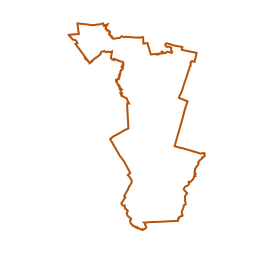 the district of Corbu, Olt, Romania, rotated 15°
{"feature_id": "2599482B79364764988142", "entity_name": "Corbu", "entity_type": "district", "adm_level": 2, "iso_a3": "ROU", "parent_name": "Romania", "parent_adm1": "Olt", "projection": "orthographic", "projection_center": [24.699, 44.468], "detail": "fine", "context": "isolated", "style": "outline", "palette": "amber", "viewbox_px": 256, "rotation_deg": 15, "n_neighbors": 0, "source": "geoboundaries", "source_scale": "gbopen_adm2", "svg_char_len": 5646}
<svg xmlns="http://www.w3.org/2000/svg" viewBox="0 0 256 256"><g transform="rotate(15 128 128)"><path d="M190.4,207.9L200.4,204.7L200.4,204.3L200.2,204.1L200.2,203.7L200.1,203.1L200.3,203.0L200.3,202.8L200.0,202.7L200.0,202.1L200.1,201.8L200.3,201.7L200.2,201.4L200.3,201.3L200.5,201.2L200.5,200.9L200.8,200.6L201.0,200.6L201.2,200.3L201.4,200.0L201.5,199.7L202.1,199.5L203.3,198.8L203.3,198.1L202.9,197.8L201.9,195.7L201.6,194.7L201.7,193.9L201.9,192.6L202.2,189.1L201.9,188.3L203.1,187.2L203.5,186.7L203.3,186.0L202.3,184.3L201.7,182.7L201.6,181.9L200.8,180.0L200.8,178.9L201.5,176.8L202.0,175.7L200.5,174.7L198.7,173.7L198.0,173.1L197.8,172.9L197.7,171.9L197.8,171.4L198.3,170.4L198.5,170.2L198.6,169.6L200.3,168.4L200.9,167.7L201.2,166.9L201.4,165.7L200.7,165.0L200.6,164.3L201.9,164.1L202.3,163.8L203.1,162.2L203.5,161.9L203.7,161.6L204.3,159.5L204.4,157.6L205.3,157.2L204.6,156.7L204.9,156.3L205.3,155.3L205.2,154.7L204.8,154.5L204.4,155.3L203.9,154.6L204.3,154.0L203.7,153.0L203.8,151.8L203.5,151.2L203.5,150.5L203.4,149.9L203.8,149.1L204.0,147.7L204.5,147.2L205.4,145.0L205.4,144.3L204.6,142.9L204.8,142.6L205.0,142.1L205.3,141.7L205.4,141.3L206.3,139.7L207.2,138.6L207.3,137.9L207.2,137.0L207.8,136.7L208.4,136.8L208.7,136.5L209.3,134.7L208.3,133.7L208.6,132.8L208.2,132.5L206.4,133.0L205.5,133.7L204.6,133.9L186.4,133.4L184.1,133.6L177.7,133.5L178.2,105.8L178.1,95.3L178.6,86.8L169.4,85.7L169.5,83.1L169.6,82.5L170.1,81.9L170.6,76.8L170.8,70.0L171.2,66.0L171.9,52.1L172.3,51.9L171.9,49.4L171.6,49.0L171.6,48.0L172.1,47.0L172.3,46.8L175.1,46.9L175.0,44.6L175.1,43.8L174.8,37.7L159.7,38.6L159.6,35.7L151.4,36.4L149.3,36.4L148.3,36.2L143.1,36.2L142.5,37.0L142.5,37.3L142.6,38.5L142.9,39.0L144.4,39.6L144.9,39.5L145.8,39.0L148.2,39.0L148.6,39.1L149.2,39.7L149.1,40.6L149.3,41.4L149.7,41.9L150.8,42.8L151.1,43.3L151.1,43.8L150.3,44.2L146.7,44.0L145.4,44.7L145.0,45.9L141.5,47.1L141.6,46.4L141.9,45.7L140.8,45.5L141.1,47.3L138.6,48.2L138.8,48.7L136.8,49.6L136.5,49.0L130.9,51.1L130.2,49.6L129.1,48.2L128.0,46.0L125.8,42.8L124.9,40.9L121.0,42.5L119.1,36.5L118.7,36.7L117.6,36.7L116.8,37.4L115.7,38.0L114.6,37.8L113.3,38.4L109.3,39.1L108.5,39.4L105.7,39.8L103.1,40.4L102.1,40.5L101.4,40.8L100.6,41.3L98.3,41.0L97.9,41.3L97.2,42.5L96.6,43.1L91.2,45.4L90.2,45.5L90.0,45.2L89.5,45.2L89.3,44.3L89.0,44.3L88.5,44.5L88.2,43.9L88.1,43.4L87.3,43.6L86.6,42.9L86.4,42.9L86.3,42.3L85.6,42.3L85.3,42.1L85.3,41.6L85.6,41.2L85.5,40.8L85.8,40.5L85.8,40.2L85.6,39.9L85.5,39.6L84.9,39.7L84.8,39.4L84.4,39.1L83.4,39.0L83.0,39.2L82.6,38.6L82.4,38.6L82.4,38.9L82.2,39.0L81.7,38.2L80.7,38.1L80.7,37.8L81.1,37.6L81.1,37.4L80.8,36.5L80.3,36.1L80.8,35.5L80.6,34.8L81.3,34.1L81.2,33.5L81.3,33.2L79.1,34.7L78.4,35.7L77.7,34.9L77.1,33.7L76.9,33.4L76.7,33.4L73.7,35.3L70.4,36.5L69.7,37.0L68.8,37.2L67.2,37.9L60.5,38.7L52.1,40.1L55.1,47.4L55.6,48.5L56.1,50.0L46.7,53.3L46.9,53.8L52.1,56.9L54.5,56.8L55.6,57.4L57.2,59.1L55.5,60.4L70.2,72.1L68.9,72.1L69.4,72.6L70.4,72.7L74.1,75.0L74.2,75.3L75.6,73.8L76.0,73.0L76.0,72.8L75.7,72.7L75.8,72.6L77.9,69.5L78.6,68.5L79.0,68.4L80.2,66.9L82.3,63.9L82.5,63.6L82.1,62.6L82.6,61.3L82.9,61.0L84.6,60.2L85.4,59.7L85.9,60.0L87.3,60.5L89.1,59.3L90.6,59.5L91.6,59.1L92.7,58.2L93.0,60.0L93.0,61.2L93.3,64.8L93.9,64.9L94.0,65.3L94.9,65.9L96.8,66.1L96.6,64.9L97.0,64.8L98.7,65.1L99.5,65.0L100.5,65.6L101.4,65.3L103.3,65.6L105.7,65.5L106.0,65.5L106.4,65.9L106.5,66.9L106.9,67.0L107.1,67.2L107.3,68.4L106.7,68.5L107.0,69.1L106.6,69.3L106.7,69.9L106.2,69.9L105.9,70.7L106.6,70.9L107.0,70.8L107.4,70.9L107.5,71.1L107.7,72.1L107.3,72.4L107.1,73.2L106.8,73.3L106.3,73.8L106.2,74.1L106.4,75.3L106.0,75.7L106.0,76.0L106.1,76.4L106.3,76.6L106.2,76.9L106.3,77.1L106.2,77.3L106.2,77.7L106.5,77.9L106.4,78.3L105.8,78.5L105.9,79.1L105.7,79.5L105.9,79.8L106.5,79.8L106.4,81.0L106.6,81.8L106.0,81.9L106.4,83.1L106.2,83.3L105.6,83.1L105.2,83.4L105.0,83.7L105.2,84.4L105.1,84.6L104.8,84.6L104.4,84.9L104.1,84.9L104.3,85.4L104.3,86.1L105.3,86.5L105.6,87.3L106.4,87.6L106.8,88.6L107.4,88.9L107.6,89.3L107.9,89.3L108.2,89.0L108.6,89.0L109.0,89.8L108.7,90.0L108.7,90.3L109.6,90.7L110.0,91.2L109.8,91.3L109.8,91.5L110.3,91.9L110.2,92.1L109.7,92.0L110.0,92.6L110.6,92.8L110.8,91.8L111.2,91.8L111.5,92.5L111.3,92.9L111.4,93.2L111.8,93.1L111.3,94.0L111.3,94.5L111.7,95.4L111.4,96.1L111.7,96.4L112.6,96.1L112.5,96.4L112.5,96.6L113.3,96.6L113.3,96.9L112.7,97.1L112.7,97.4L113.4,97.5L113.5,97.6L113.5,98.2L113.2,98.3L113.2,98.5L114.1,98.8L115.1,98.8L116.8,99.3L119.1,99.7L119.8,101.0L122.5,103.9L122.2,103.9L121.8,104.3L121.0,104.3L121.1,105.6L125.7,119.8L126.3,121.2L126.6,122.6L128.5,128.3L124.9,131.3L119.9,136.4L116.0,140.0L113.6,143.3L127.4,157.1L132.3,160.8L141.8,170.8L140.0,173.5L142.3,175.0L144.6,177.0L145.2,177.8L145.5,179.0L145.4,180.7L144.9,182.6L144.3,183.9L144.1,185.8L143.6,188.5L141.9,195.0L143.4,195.7L141.1,202.3L141.3,202.9L142.0,203.7L142.5,203.7L143.3,204.2L143.9,204.2L144.2,203.9L145.0,203.8L145.8,206.3L146.2,206.6L147.3,207.0L147.8,207.4L148.4,207.4L149.2,208.0L149.3,208.4L149.0,209.0L149.1,210.1L148.8,210.7L148.8,210.9L150.6,213.1L152.3,213.9L154.1,214.5L154.5,214.9L154.6,215.8L154.4,216.3L153.9,216.6L154.3,217.4L154.9,218.9L155.5,219.5L156.6,220.3L157.4,220.3L157.9,221.1L160.5,221.4L160.6,221.8L160.8,222.0L162.0,221.9L162.5,221.4L162.8,222.2L164.3,222.1L164.3,222.3L166.0,222.4L165.8,222.1L166.3,222.5L167.6,222.8L168.3,222.5L168.3,222.2L168.8,222.5L169.0,222.4L170.8,220.6L171.2,219.8L171.2,219.4L171.2,218.8L171.0,218.3L170.3,217.6L169.5,217.1L169.4,216.8L169.5,216.4L169.5,216.0L169.4,215.7L168.1,215.2L173.4,213.3L178.5,211.7L179.7,211.5L180.4,211.2L187.9,208.8L190.4,207.9Z" fill="none" stroke="#b45309" stroke-width="2"/></g></svg>